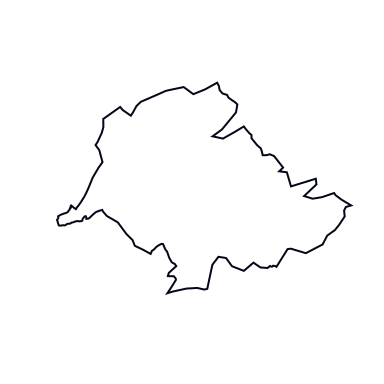 Gombi, Adamawa, Nigeria, rotated 241°
{"feature_id": "59680162B13073760931893", "entity_name": "Gombi", "entity_type": "district", "adm_level": 2, "iso_a3": "NGA", "parent_name": "Nigeria", "parent_adm1": "Adamawa", "projection": "equal_earth", "projection_center": [12.487, 10.209], "detail": "fine", "context": "isolated", "style": "outline", "palette": "ink", "viewbox_px": 384, "rotation_deg": 241, "n_neighbors": 0, "source": "geoboundaries", "source_scale": "gbopen_adm2", "svg_char_len": 2550}
<svg xmlns="http://www.w3.org/2000/svg" viewBox="0 0 384 384"><g transform="rotate(241 192 192)"><path d="M115.4,121.4L114.2,127.1L110.2,140.4L108.3,144.3L105.6,150.0L100.7,155.5L99.9,158.4L112.7,169.5L118.5,174.6L122.5,183.7L119.3,187.8L117.7,189.8L107.7,191.0L97.9,199.1L100.4,211.5L92.8,215.3L88.9,221.3L89.5,224.3L88.7,224.7L88.0,225.6L87.8,226.4L88.2,227.1L87.3,228.5L86.6,229.1L85.6,229.6L95.7,247.9L94.5,251.0L83.3,261.9L82.8,280.8L88.3,289.1L89.4,298.5L92.0,304.9L96.6,313.7L102.0,316.0L104.3,319.3L103.1,324.7L113.1,318.9L119.7,316.0L122.2,315.8L124.5,303.1L127.7,294.2L134.1,288.1L138.3,304.5L143.6,306.7L148.9,281.3L162.7,284.4L163.3,284.5L167.8,278.3L169.2,283.5L183.7,281.2L187.4,278.2L187.9,275.4L189.9,271.7L193.9,272.8L196.8,273.3L201.2,271.7L206.8,270.7L210.1,270.1L213.1,271.7L215.4,270.7L220.6,269.6L224.2,269.1L223.8,258.5L223.7,245.0L230.7,237.0L232.2,248.6L240.3,269.1L246.6,274.1L249.3,273.3L256.6,269.7L260.1,269.7L261.2,268.5L261.9,267.8L263.5,266.4L267.8,265.6L271.6,266.9L275.4,267.0L275.4,253.3L276.9,240.6L283.7,237.5L287.8,235.6L291.2,224.7L293.1,218.3L293.3,216.4L293.8,210.5L295.7,191.0L294.1,185.1L290.0,178.6L288.4,175.5L297.4,171.1L301.2,170.4L298.9,149.8L291.8,146.0L287.5,141.8L281.5,133.6L279.8,130.4L273.6,131.2L261.5,128.2L258.7,122.3L255.9,117.5L252.7,112.1L245.4,103.0L242.2,98.7L239.8,95.0L239.1,93.7L237.7,91.2L236.8,89.5L235.8,87.5L234.2,83.7L233.3,82.1L233.9,81.8L234.5,81.5L235.7,81.0L238.9,79.8L238.9,79.7L238.7,79.3L238.4,78.9L238.2,78.8L237.8,78.8L237.3,78.7L237.1,78.4L236.9,78.1L237.1,77.7L236.9,77.3L236.4,77.0L235.7,76.0L235.6,75.2L234.7,73.8L234.7,71.7L235.3,69.2L235.6,67.0L235.7,66.1L235.7,64.8L235.7,63.2L234.1,62.5L233.0,60.4L232.1,60.4L230.6,59.9L229.5,59.7L228.3,59.5L227.4,59.3L226.4,60.5L226.0,61.5L225.7,62.5L225.2,63.6L224.5,64.3L224.4,65.6L224.6,67.2L224.2,68.4L223.4,70.2L223.6,71.8L223.0,73.7L222.8,75.8L221.9,78.1L220.8,79.5L220.2,81.0L220.1,82.2L221.0,82.8L221.7,83.7L222.3,85.2L222.7,86.3L222.4,87.3L220.9,87.2L219.7,86.6L219.1,88.1L218.9,89.5L219.3,90.6L219.9,93.0L220.5,95.3L221.0,98.2L220.7,100.9L220.3,102.7L219.9,104.8L217.9,104.7L216.2,105.1L212.3,105.9L201.4,112.4L187.0,114.3L178.7,116.7L172.7,115.9L165.1,121.3L157.9,125.8L160.0,128.5L160.1,129.9L160.3,131.4L161.2,133.9L161.5,136.4L161.5,138.8L161.4,140.2L160.6,141.4L158.6,141.3L155.3,140.8L151.7,141.3L145.7,140.2L140.4,140.2L138.4,141.4L137.2,142.1L134.8,142.3L132.5,132.5L130.1,130.1L127.1,135.3L123.3,135.9L123.3,136.0L118.5,127.4L115.4,121.4L115.4,121.4Z" fill="none" stroke="#020617" stroke-width="2"/></g></svg>